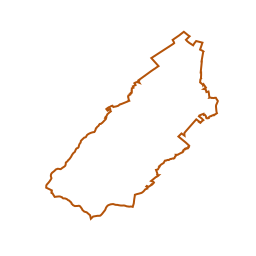 outline of Sansimion, Harghita, Romania, rotated 344°
{"feature_id": "2599482B56401198532515", "entity_name": "Sansimion", "entity_type": "district", "adm_level": 2, "iso_a3": "ROU", "parent_name": "Romania", "parent_adm1": "Harghita", "projection": "natural_earth1", "projection_center": [25.853, 46.241], "detail": "fine", "context": "isolated", "style": "outline", "palette": "amber", "viewbox_px": 256, "rotation_deg": 344, "n_neighbors": 0, "source": "geoboundaries", "source_scale": "gbopen_adm2", "svg_char_len": 5752}
<svg xmlns="http://www.w3.org/2000/svg" viewBox="0 0 256 256"><g transform="rotate(344 128 128)"><path d="M67.3,205.0L70.1,203.5L74.5,204.0L76.4,204.5L77.1,204.6L77.5,204.5L79.3,203.5L83.2,200.7L83.8,200.1L84.5,199.1L85.0,198.5L85.7,197.9L87.0,197.0L88.4,196.7L90.4,196.6L92.2,196.9L92.9,197.1L93.5,197.5L94.4,198.1L95.1,198.5L96.9,199.1L97.5,199.5L99.4,200.4L100.2,200.7L101.9,201.2L102.3,201.2L102.9,201.4L103.3,201.7L103.8,201.9L105.0,202.8L105.8,203.2L106.6,203.5L107.3,203.9L108.9,204.2L110.0,204.6L110.8,205.1L112.8,202.0L113.7,199.8L114.4,198.1L115.7,195.4L116.2,194.1L118.6,194.0L120.3,194.1L123.0,194.1L123.8,193.9L124.6,193.6L125.4,193.2L125.8,193.0L126.1,192.8L126.5,192.5L126.9,192.3L127.2,192.0L127.3,192.0L127.5,191.8L127.9,191.7L128.4,191.7L129.5,191.5L130.0,191.5L130.1,190.8L130.6,190.3L129.5,189.3L130.1,188.9L131.5,190.2L132.2,190.0L133.1,189.7L134.0,189.5L134.5,189.0L135.0,189.2L135.4,188.6L135.9,188.8L136.8,188.4L137.9,187.6L137.6,186.8L135.6,185.3L140.5,183.2L141.1,182.9L141.6,182.9L143.8,182.3L144.5,181.9L143.4,181.7L143.2,180.9L143.6,180.7L143.6,180.3L143.6,179.9L143.6,179.3L143.5,177.2L143.4,176.0L145.0,176.1L145.4,176.0L146.2,175.2L146.4,174.9L147.7,173.9L147.4,173.4L148.1,173.1L149.7,172.3L152.7,171.4L152.8,171.3L153.1,170.9L153.8,170.2L154.4,169.6L154.7,169.7L155.2,169.6L155.8,169.8L156.0,169.8L156.7,169.6L157.2,169.6L157.5,169.7L158.2,170.0L158.9,169.9L159.1,169.7L160.4,169.5L160.8,169.6L161.0,169.7L161.6,169.6L162.5,169.6L162.9,169.7L163.3,170.0L163.5,170.0L163.8,169.9L164.2,169.7L164.3,169.7L164.4,169.4L164.6,169.3L165.2,168.8L165.2,168.6L165.3,168.4L165.6,168.3L165.9,168.3L166.0,168.2L166.3,167.9L166.3,167.6L166.4,167.4L166.8,167.4L166.5,167.1L166.5,166.9L166.8,167.0L167.0,167.0L167.5,167.3L168.8,167.3L172.0,166.6L173.7,166.4L174.0,166.3L174.1,166.2L174.0,165.9L174.1,165.7L174.3,165.7L174.5,165.4L174.9,165.3L174.8,165.0L175.2,164.5L175.4,164.4L176.0,164.3L176.4,164.2L176.5,164.0L176.8,163.7L177.0,163.8L177.4,164.2L177.5,164.3L177.7,164.2L177.9,164.0L178.0,163.7L178.3,163.4L178.5,163.4L178.7,163.7L178.8,163.7L179.1,163.9L179.5,163.9L179.8,164.1L180.0,164.0L180.1,163.7L180.6,163.6L181.2,163.1L180.9,162.6L181.9,162.0L181.6,161.3L180.5,159.5L179.4,157.7L174.1,150.1L177.9,148.0L180.2,150.9L180.3,150.2L180.9,148.3L182.3,147.3L196.0,138.5L198.2,141.5L198.3,141.6L198.0,141.8L199.0,143.0L200.3,142.2L201.2,141.7L202.6,141.2L201.4,139.0L200.0,137.1L199.4,136.3L199.8,136.0L200.0,135.7L202.0,135.4L204.6,135.2L204.5,136.4L205.5,136.5L205.8,137.3L206.1,138.0L206.1,138.3L206.1,138.8L206.0,139.9L206.1,140.2L206.7,140.5L207.8,140.7L208.3,140.7L208.3,140.4L208.3,140.1L209.4,139.7L210.2,139.4L210.7,139.5L210.9,139.5L211.0,139.5L211.0,139.4L211.5,139.3L214.2,139.0L214.3,139.4L214.6,139.3L215.0,139.1L217.6,138.3L217.5,137.3L217.7,135.8L218.5,131.6L218.7,131.0L219.1,130.2L219.3,129.9L219.8,129.4L221.5,127.3L221.7,127.0L221.8,126.7L221.0,124.3L220.8,123.2L219.9,122.9L219.4,122.9L218.8,122.9L217.3,122.3L216.7,122.2L216.3,121.9L216.0,121.6L215.7,121.5L214.5,121.3L214.8,121.0L214.8,120.6L214.9,119.4L215.3,116.9L215.4,115.1L213.3,115.1L213.3,112.0L212.4,111.8L211.5,111.4L214.0,110.6L212.7,106.8L211.9,107.5L211.9,107.0L209.9,104.0L211.0,101.2L212.0,100.5L211.9,100.1L212.9,97.2L213.6,94.7L213.2,94.6L217.3,84.4L217.0,84.3L221.4,75.3L221.6,75.2L221.0,74.4L218.9,72.5L223.1,66.5L217.5,63.2L215.1,64.9L213.4,66.5L210.4,63.1L208.9,61.0L208.1,59.4L208.0,59.2L212.5,56.8L211.4,55.5L208.2,50.9L204.4,52.4L203.0,53.0L195.2,55.6L195.7,57.7L195.8,59.1L195.0,59.5L176.3,65.2L169.7,67.2L174.4,76.9L166.2,79.6L159.9,81.9L151.3,85.0L151.6,85.6L150.6,85.9L150.9,86.4L151.2,87.0L151.4,87.7L151.0,87.4L149.9,86.6L148.6,86.3L147.5,86.4L146.5,86.7L146.8,87.4L147.1,88.8L144.2,89.3L144.4,90.5L144.4,90.8L142.6,90.9L141.9,93.4L141.7,93.3L141.6,93.7L141.7,93.8L141.4,94.9L140.5,95.0L140.6,95.5L139.1,95.9L139.3,96.5L137.3,96.9L137.2,97.4L137.1,97.6L136.9,97.7L136.6,98.1L136.7,98.7L136.5,100.8L136.7,102.2L135.8,102.2L135.2,102.2L135.1,102.4L127.4,103.2L127.1,103.0L126.1,103.3L124.9,103.9L123.0,104.0L121.5,103.9L120.9,103.8L119.7,103.8L119.2,102.3L118.0,102.3L115.7,102.9L115.3,102.9L115.2,102.8L113.9,103.2L112.4,103.8L113.2,105.7L113.7,105.6L114.6,105.1L115.8,104.9L116.1,104.9L116.0,106.3L115.9,107.1L116.0,107.3L115.1,107.7L114.6,107.8L111.8,109.2L111.3,109.9L110.9,110.3L110.4,110.9L109.7,111.0L108.8,112.0L109.7,112.4L108.9,113.5L108.1,113.9L104.7,115.9L103.7,116.2L102.9,116.6L102.0,116.3L101.1,116.9L100.7,117.4L100.1,117.9L98.7,118.4L98.0,119.1L97.4,119.3L97.0,119.5L96.6,120.4L95.2,122.1L94.5,122.6L93.0,122.4L91.3,122.4L89.6,122.6L88.2,122.9L86.8,123.4L85.7,124.4L84.9,125.2L83.2,125.2L81.1,126.3L80.0,126.9L79.1,127.5L79.0,127.8L78.4,129.0L77.3,129.7L76.2,131.0L75.5,132.3L75.1,132.9L74.2,133.4L73.1,133.4L72.9,133.5L72.4,133.8L71.2,135.1L70.6,136.0L70.3,136.3L68.5,137.1L67.7,137.7L66.3,138.9L65.6,139.8L64.7,140.5L63.6,141.4L62.1,142.3L61.7,142.4L60.5,143.4L59.3,143.8L58.9,144.0L58.6,144.3L58.5,144.6L58.3,145.3L57.4,146.9L56.9,147.2L56.0,147.6L54.0,148.2L52.0,149.0L50.9,148.6L50.4,148.3L49.2,147.8L48.8,147.8L48.3,147.9L47.6,147.9L47.2,148.0L45.2,149.1L42.7,150.1L42.3,150.4L41.7,150.8L41.2,151.5L40.8,152.2L40.5,153.5L40.6,154.5L40.6,155.1L40.4,155.4L39.7,156.1L38.1,157.5L36.6,158.6L34.5,159.9L33.7,160.6L32.9,162.8L37.6,167.0L37.2,168.1L36.7,168.4L36.6,169.1L36.6,169.5L37.4,169.9L38.5,174.0L42.1,174.6L43.5,175.0L43.9,175.2L45.5,176.4L45.6,176.9L46.3,177.8L48.0,178.3L48.5,178.7L49.0,179.0L49.6,179.5L50.5,180.8L51.6,181.7L51.8,182.4L52.6,183.4L52.8,184.1L53.0,184.5L52.9,185.2L53.6,186.3L53.8,186.9L54.6,187.7L55.4,188.4L58.3,189.1L59.4,189.2L60.4,190.1L60.7,191.0L61.4,192.8L61.6,194.2L62.3,195.3L62.9,196.3L65.0,197.6L67.5,201.4L67.3,205.0Z" fill="none" stroke="#b45309" stroke-width="2"/></g></svg>